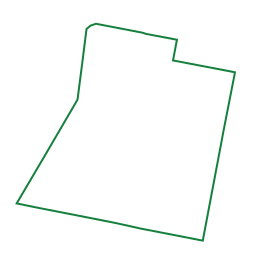 outline of Pueblo, Colorado, United States of America, rotated 101°
{"feature_id": "52423323B13171777995107", "entity_name": "Pueblo", "entity_type": "district", "adm_level": 2, "iso_a3": "USA", "parent_name": "United States of America", "parent_adm1": "Colorado", "projection": "natural_earth1", "projection_center": [-104.683, 38.129], "detail": "fine", "context": "isolated", "style": "outline", "palette": "green", "viewbox_px": 256, "rotation_deg": 101, "n_neighbors": 0, "source": "geoboundaries", "source_scale": "gbopen_adm2", "svg_char_len": 408}
<svg xmlns="http://www.w3.org/2000/svg" viewBox="0 0 256 256"><g transform="rotate(101 128 128)"><path d="M32.0,96.8L32.2,128.2L31.7,131.5L31.8,179.3L34.7,184.4L38.8,187.6L74.6,185.2L106.1,183.2L109.9,183.0L167.1,203.0L223.3,222.9L223.5,201.6L223.6,123.6L224.3,95.8L224.3,33.1L125.2,33.6L112.9,33.7L54.6,33.6L52.9,33.7L53.0,69.3L53.1,96.7L32.0,96.8Z" fill="none" stroke="#15803d" stroke-width="2"/></g></svg>